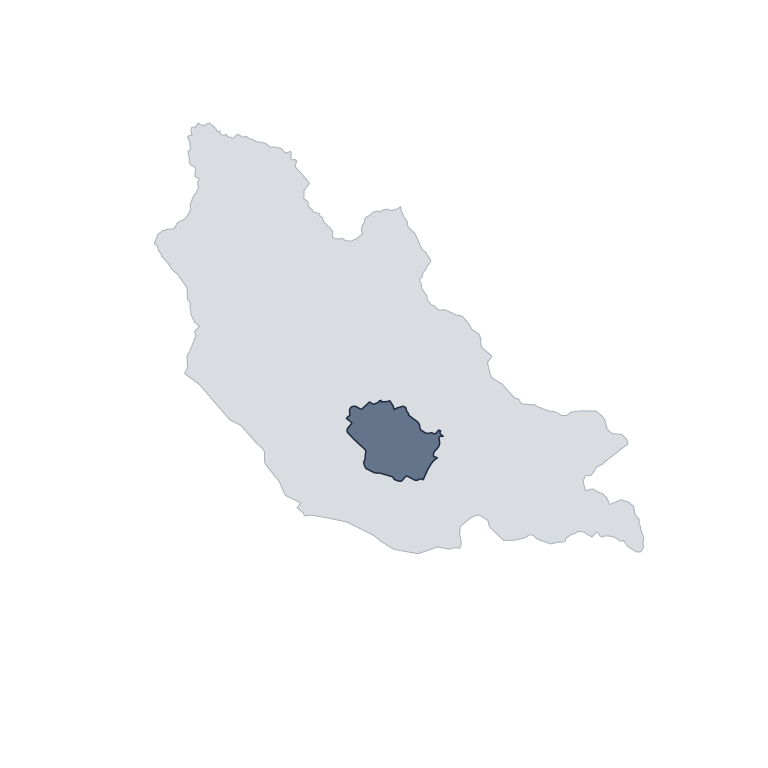 location of Dundgovi within Mongolia, rotated 36°
{"feature_id": "MNG-3325", "entity_name": "Dundgovi", "entity_type": "Province", "adm_level": 1, "iso_a3": "MNG", "parent_name": "Mongolia", "parent_adm1": "", "projection": "albers", "projection_center": [106.117, 45.486], "detail": "fine", "context": "in_parent", "style": "filled", "palette": "slate", "viewbox_px": 768, "rotation_deg": 36, "n_neighbors": 0, "source": "natural_earth", "source_scale": "10m", "svg_char_len": 6318}
<svg xmlns="http://www.w3.org/2000/svg" viewBox="0 0 768 768"><g transform="rotate(36 384 384)"><path d="M80.7,281.9L82.9,282.3L86.8,280.5L88.0,277.1L89.5,275.4L97.7,276.2L101.1,278.1L102.2,276.0L102.9,275.8L104.5,278.1L106.5,277.7L108.0,277.1L109.7,274.7L112.3,275.7L117.7,273.7L118.6,268.5L120.6,267.6L125.1,267.5L126.1,265.2L127.1,264.7L130.3,264.7L136.1,263.0L138.6,263.3L141.0,261.3L146.3,259.1L153.7,259.0L154.5,257.6L161.8,253.9L168.8,255.0L171.4,251.1L172.5,250.9L176.5,256.7L178.7,256.4L179.7,254.6L182.6,255.1L183.3,258.8L184.7,260.5L205.2,265.0L205.7,266.4L205.7,274.7L209.0,279.1L209.6,281.0L215.5,281.3L218.4,284.8L223.4,285.3L225.8,286.5L231.1,284.3L232.2,284.4L233.6,286.1L236.1,285.3L240.3,288.7L243.9,288.6L245.4,289.9L247.6,289.2L252.6,290.6L256.2,295.4L259.0,295.4L262.7,292.9L263.8,291.0L268.7,290.5L271.7,288.9L273.7,287.3L277.0,281.2L278.2,274.7L275.8,273.4L274.0,271.1L273.1,267.4L273.2,265.0L271.3,261.0L271.6,259.2L273.3,256.1L274.5,251.0L276.4,248.3L279.8,247.0L280.3,245.0L282.8,241.2L288.1,239.4L291.4,235.2L293.4,230.8L295.7,233.4L302.0,237.1L307.4,239.0L310.8,242.6L320.5,244.1L336.3,253.0L339.7,252.7L349.2,256.5L349.9,257.7L349.6,263.5L350.3,265.2L350.3,271.5L352.0,274.7L351.3,278.5L352.2,279.7L354.6,280.4L358.3,284.5L367.0,287.6L369.5,290.3L375.5,292.2L378.6,291.2L383.7,292.0L385.6,291.6L388.8,288.7L390.9,287.8L402.5,285.6L405.7,283.7L407.8,283.3L416.8,285.3L423.1,288.2L432.1,287.9L436.4,291.2L438.2,294.3L441.8,297.0L454.5,298.0L455.1,298.6L455.0,305.3L455.6,306.4L464.0,313.5L467.9,315.5L479.6,314.7L497.8,318.6L502.0,317.0L505.9,319.1L507.4,318.9L518.7,312.1L520.5,312.4L532.5,309.2L539.9,305.5L545.8,305.3L550.2,302.3L551.7,296.9L558.7,290.3L571.2,281.4L579.5,281.7L584.6,283.9L590.1,288.7L593.2,289.9L598.5,289.7L605.7,285.1L609.8,285.5L613.7,286.6L616.5,289.1L608.0,318.5L608.0,320.1L604.9,326.4L605.4,335.8L600.8,339.8L602.1,345.0L603.4,346.8L609.4,351.5L611.2,350.6L612.5,348.2L615.2,345.9L620.7,345.7L625.3,344.2L631.4,345.2L637.4,348.9L644.0,338.2L651.0,336.0L657.8,336.2L663.8,341.9L670.4,343.8L672.5,347.2L675.2,348.3L676.2,349.9L684.8,356.0L687.1,360.6L689.8,363.6L690.4,367.2L690.1,369.0L687.3,371.4L676.6,372.2L669.9,369.8L667.9,372.1L659.7,372.6L655.3,374.8L652.4,376.6L650.8,379.2L649.5,379.9L648.1,380.0L645.4,378.5L643.3,378.8L642.8,379.4L642.2,385.5L635.2,386.4L632.8,386.0L627.3,389.6L626.7,392.0L624.0,395.6L621.9,401.9L622.8,404.4L622.2,406.1L617.3,410.0L612.9,415.4L602.7,418.5L597.9,419.4L594.2,418.6L590.7,419.9L588.4,425.5L582.3,432.8L572.9,440.2L554.8,437.8L552.5,437.0L548.4,433.3L538.1,433.9L535.3,436.8L532.9,441.1L529.4,454.5L534.0,461.7L539.1,466.2L541.3,469.5L541.6,472.5L538.3,474.1L534.0,479.2L523.1,484.3L511.3,501.3L489.4,511.9L475.6,513.0L464.7,512.5L435.1,517.5L415.9,526.0L401.5,533.2L398.4,536.6L396.9,537.2L394.3,535.8L386.5,535.2L386.7,529.0L369.7,532.1L356.4,524.4L337.1,519.2L333.2,517.4L327.1,508.9L323.6,507.6L315.2,506.7L292.1,501.5L281.0,503.7L234.2,492.8L216.8,492.8L216.2,492.0L215.7,486.7L208.7,477.8L207.8,475.7L207.8,472.6L203.5,455.5L199.7,452.6L201.1,445.8L194.9,445.5L188.4,442.0L182.1,436.2L179.3,432.1L174.6,430.6L169.5,423.2L166.9,421.5L152.7,416.6L145.3,416.1L137.8,413.1L129.0,411.2L126.4,409.4L123.8,409.1L119.1,405.3L115.6,405.3L113.1,395.2L115.2,389.6L117.5,386.5L122.5,382.1L122.8,380.1L122.0,375.2L125.9,367.3L126.0,362.0L124.9,355.8L122.2,353.8L119.6,345.1L119.4,338.7L118.5,334.1L114.7,330.7L114.0,326.7L112.8,326.2L111.6,327.2L109.0,327.1L106.9,324.3L106.0,321.3L104.6,320.3L101.7,319.8L99.0,320.5L96.3,319.3L94.4,316.4L88.8,311.3L89.3,308.6L88.8,306.5L87.0,305.5L85.5,303.2L79.9,299.5L80.0,298.1L82.3,295.6L78.7,292.3L77.6,289.4L80.7,286.6L80.2,284.2L80.7,281.9Z" fill="#d9dde1" stroke="#a8b0b8" stroke-width="1"/><path d="M440.7,399.6L442.2,399.4L445.4,399.3L445.9,399.2L446.9,398.9L448.9,398.0L449.2,397.8L449.5,397.5L450.5,396.0L450.7,395.8L451.0,395.5L451.9,395.2L453.6,394.9L454.1,394.7L454.3,394.6L454.7,394.2L454.8,394.0L455.0,393.6L455.0,393.1L455.1,391.4L455.3,390.3L455.3,389.1L457.3,388.7L457.6,390.0L458.1,390.5L458.6,391.0L459.2,391.2L460.0,391.4L461.4,391.4L462.4,391.5L462.2,391.8L460.3,393.4L459.9,394.0L459.7,394.4L459.8,394.8L460.1,395.3L463.4,398.6L464.2,399.8L464.7,401.1L464.9,402.0L465.0,402.6L465.0,404.5L464.5,408.8L464.5,409.6L464.7,410.6L464.9,411.0L465.2,411.4L466.0,412.7L466.5,413.2L467.1,413.5L469.8,412.4L470.5,412.5L469.5,415.9L469.1,418.8L469.1,421.0L469.6,426.8L471.4,436.0L471.9,437.6L471.9,438.2L471.8,438.5L471.3,438.7L470.5,438.7L470.2,438.7L469.9,438.8L469.1,439.4L468.5,440.5L467.6,442.3L465.7,443.6L458.5,444.7L457.0,444.9L456.5,445.1L456.1,445.6L455.8,446.7L455.4,451.4L455.1,452.3L454.8,452.8L453.7,453.6L450.4,454.7L448.4,455.1L448.0,455.0L446.5,454.3L445.6,454.2L445.0,454.2L433.3,458.4L431.9,459.2L430.1,460.6L428.6,461.3L427.6,461.6L425.8,461.9L419.4,462.9L418.8,462.8L417.2,462.1L415.6,461.1L414.0,459.8L413.6,459.2L413.3,458.5L413.3,457.8L413.3,457.3L413.1,456.6L412.5,455.4L411.2,453.5L408.6,448.7L408.2,448.5L407.0,448.1L401.2,447.5L392.8,446.5L383.8,444.8L382.4,444.3L381.8,443.9L381.4,443.3L380.6,441.5L380.6,441.2L380.7,440.7L380.8,440.0L380.8,439.7L380.7,439.2L380.7,438.9L380.7,438.7L380.7,438.3L380.7,438.2L380.9,437.8L381.0,437.6L381.0,437.3L381.0,436.2L381.0,435.8L381.0,435.3L381.1,435.1L380.9,434.8L380.5,434.2L373.9,433.9L373.9,432.0L374.1,431.4L374.3,430.8L374.8,429.7L374.6,428.9L372.5,426.8L371.7,425.7L371.3,424.9L371.1,424.3L371.0,423.6L371.0,422.9L371.0,422.4L371.1,421.9L371.3,421.4L372.1,420.3L373.3,419.2L373.8,418.9L374.3,418.7L375.6,418.5L380.1,418.1L381.1,416.5L381.3,414.5L382.3,410.3L382.3,409.9L382.5,407.9L382.6,407.7L382.8,407.3L383.1,407.1L383.7,406.9L386.3,406.8L387.6,406.3L388.0,405.8L388.3,405.3L388.6,404.7L389.8,403.2L390.0,402.6L390.0,401.2L390.2,400.5L390.3,400.1L391.4,399.0L391.9,399.7L392.3,400.1L395.0,397.9L396.1,397.1L396.8,396.4L398.6,394.2L400.4,394.9L402.3,395.6L403.7,396.1L404.9,396.8L405.3,397.2L406.1,397.8L407.0,398.7L408.6,395.8L410.1,393.8L410.5,393.4L412.3,390.9L413.0,390.7L414.3,390.3L415.0,390.3L415.5,390.4L416.1,390.7L417.3,391.9L418.2,392.5L418.9,392.8L421.0,393.4L421.4,393.7L421.8,394.0L422.2,394.8L425.9,394.8L429.7,394.9L431.4,394.8L432.7,394.9L434.7,395.2L435.3,395.4L436.6,396.1L437.4,396.9L438.6,398.1L439.4,398.8L440.7,399.6Z" fill="#64748b" stroke="#1e293b" stroke-width="1.5"/></g></svg>